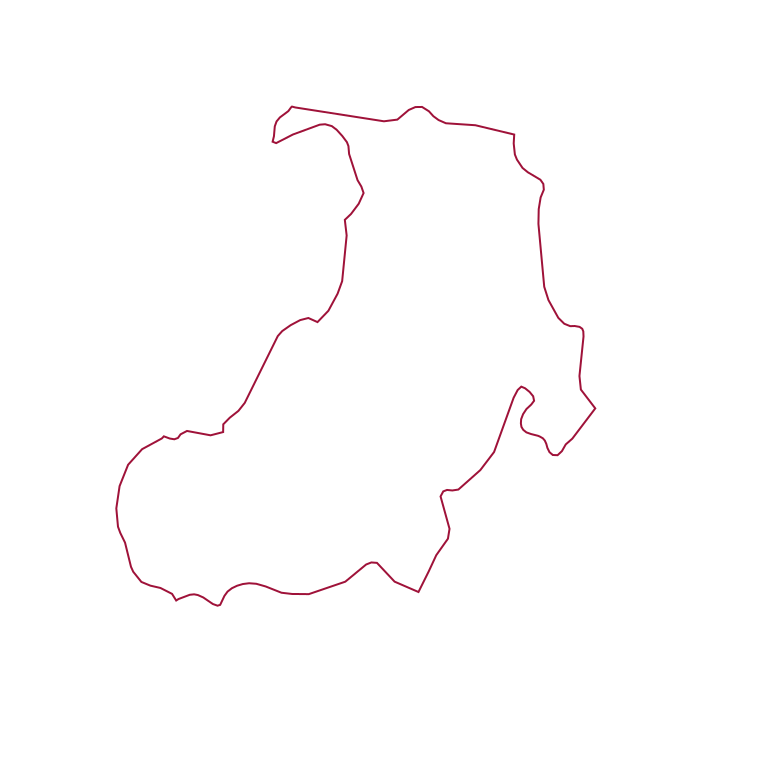 the Province of Skikda, rotated 293°
{"feature_id": "DZA-2166", "entity_name": "Skikda", "entity_type": "Province", "adm_level": 1, "iso_a3": "DZA", "parent_name": "Algeria", "parent_adm1": "", "projection": "albers", "projection_center": [6.827, 36.763], "detail": "fine", "context": "isolated", "style": "outline", "palette": "rose", "viewbox_px": 768, "rotation_deg": 293, "n_neighbors": 0, "source": "natural_earth", "source_scale": "10m", "svg_char_len": 2122}
<svg xmlns="http://www.w3.org/2000/svg" viewBox="0 0 768 768"><g transform="rotate(293 384 384)"><path d="M103.5,277.3L108.0,270.9L108.9,257.9L107.1,247.7L107.0,238.0L113.2,226.5L116.9,222.5L136.8,207.6L143.9,199.4L148.7,194.9L164.9,186.2L186.7,180.5L209.7,180.0L229.5,186.8L247.1,200.8L249.8,201.8L250.1,208.1L251.2,212.6L253.8,215.4L258.2,216.4L263.8,221.0L269.0,244.4L276.9,254.7L284.1,251.8L292.7,255.2L302.4,260.5L312.2,263.2L386.6,267.5L392.9,269.6L401.7,275.1L410.1,281.9L415.2,288.6L415.0,298.6L429.7,304.2L449.0,306.0L462.3,305.3L506.1,291.6L519.8,283.8L527.6,287.2L540.1,290.3L551.8,290.6L556.9,286.0L561.3,280.0L582.1,262.0L589.1,258.3L592.1,255.4L596.0,248.7L599.5,241.1L601.0,235.2L600.1,228.3L597.6,223.5L578.1,202.7L563.6,190.6L563.5,186.8L569.0,185.9L578.5,182.8L583.7,182.5L588.7,184.0L597.8,189.3L602.4,190.4L603.4,190.9L603.9,194.3L625.8,281.3L632.6,293.0L645.9,299.7L651.2,304.7L653.9,310.8L652.6,318.8L649.8,324.8L648.3,331.1L648.2,339.1L657.9,367.0L664.5,406.4L656.1,409.4L646.4,414.8L642.5,418.7L637.0,427.1L635.1,433.7L633.1,448.2L630.4,452.5L625.3,455.2L616.9,455.3L605.4,458.1L591.7,463.6L536.1,493.5L525.5,502.6L513.0,518.6L509.9,526.4L510.0,532.8L511.9,536.9L513.0,541.7L512.3,544.9L510.3,546.9L505.7,549.1L467.7,560.8L455.8,567.4L444.1,588.0L407.3,578.7L399.4,574.9L391.7,574.0L386.3,571.6L384.6,567.1L385.9,563.0L389.0,559.4L392.3,556.8L394.8,554.1L396.1,551.4L396.5,548.0L396.5,546.0L395.4,538.9L395.1,534.0L396.2,530.1L398.2,527.3L401.2,525.4L405.2,524.0L410.6,523.8L416.6,524.9L422.7,527.6L427.2,528.7L431.0,526.1L433.6,521.1L435.2,515.5L435.2,511.4L430.7,509.4L422.0,508.7L364.4,511.9L342.4,506.3L315.9,493.7L312.7,488.5L311.1,483.4L308.3,480.5L302.6,480.0L276.3,500.9L266.6,503.3L246.9,499.0L229.1,498.4L206.0,497.0L206.2,471.0L216.6,447.4L214.8,442.1L210.9,438.1L186.9,425.6L161.2,396.9L154.8,381.4L151.8,371.2L151.4,354.2L150.2,344.5L147.9,337.7L144.7,332.2L140.9,327.6L136.6,323.8L131.8,321.1L126.6,319.9L116.7,319.5L114.9,317.4L114.6,312.4L116.9,301.0L117.0,295.1L116.2,291.4L114.1,287.6L105.8,278.9L103.5,277.3L103.5,277.3Z" fill="none" stroke="#9f1239" stroke-width="2"/></g></svg>